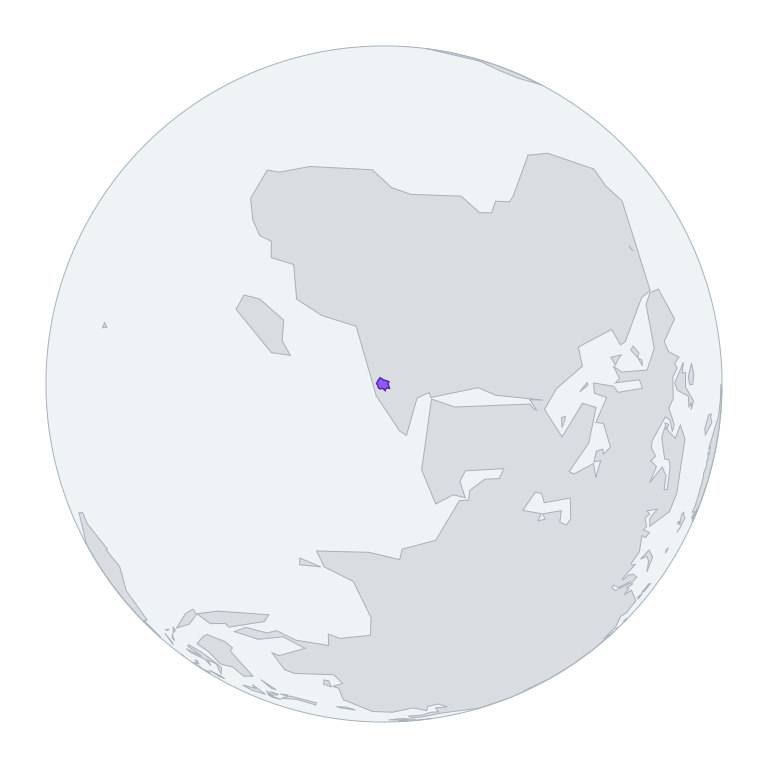 globe centered on Hiiraan, rotated 120°
{"feature_id": "SOM-2409", "entity_name": "Hiiraan", "entity_type": "Region", "adm_level": 1, "iso_a3": "SOM", "parent_name": "Somalia", "parent_adm1": "", "projection": "orthographic", "projection_center": [45.352, 4.37], "detail": "fine", "context": "on_globe", "style": "filled", "palette": "violet", "viewbox_px": 768, "rotation_deg": 120, "n_neighbors": 0, "source": "natural_earth", "source_scale": "10m", "svg_char_len": 7515}
<svg xmlns="http://www.w3.org/2000/svg" viewBox="0 0 768 768"><g transform="rotate(120 384 384)"><circle cx="384" cy="384" r="338" fill="#eef3f6" stroke="#a8b0b8"/><path d="M46.3,396.0L47.6,403.0L52.1,420.3L54.8,440.9L56.6,462.7L71.2,511.4L72.6,515.3L63.9,492.3L56.9,468.8L51.6,444.8L48.1,420.5L46.3,396.0ZM556.3,93.3L556.6,93.5L579.1,109.0L581.1,109.6L588.1,114.7L594.3,119.5L617.1,139.5L641.4,171.2L653.2,184.4L658.9,192.6L659.5,197.0L651.3,184.8L645.3,179.8L640.6,172.9L638.8,177.4L632.0,167.8L634.0,177.0L641.3,184.9L645.4,183.7L650.1,197.1L663.7,212.1L673.3,230.0L677.8,261.4L670.1,271.0L671.4,277.0L664.1,270.1L660.9,282.1L679.4,316.8L681.1,327.0L672.8,346.4L671.5,338.8L652.4,320.3L653.4,344.9L668.0,365.3L673.2,389.7L663.9,382.1L658.1,360.8L651.3,353.7L649.9,332.2L638.1,301.1L628.5,307.2L626.2,294.7L608.4,270.1L592.8,278.4L570.3,312.0L572.3,344.3L562.3,358.9L537.4,313.0L528.2,282.6L518.0,285.7L493.5,261.1L447.5,260.4L442.1,252.8L433.2,256.5L416.1,249.1L408.3,237.0L397.4,237.9L418.6,270.2L430.4,269.5L441.8,256.8L445.4,268.7L462.0,279.2L439.6,308.4L373.2,335.4L368.7,311.4L328.5,247.8L330.9,240.9L330.8,240.1L330.4,238.7L324.7,250.0L318.4,238.1L337.8,281.4L340.1,300.6L372.3,336.8L368.8,340.7L379.7,348.3L417.2,338.9L416.9,347.0L398.0,384.9L347.9,437.0L355.8,472.1L354.2,502.1L325.7,521.9L331.0,544.9L316.7,552.9L317.6,565.8L307.7,579.5L290.1,592.3L257.1,592.1L252.8,580.4L232.9,557.3L204.3,501.2L210.2,475.7L206.4,455.7L182.8,411.2L187.8,386.9L182.0,376.5L169.9,378.8L163.5,366.5L156.4,366.1L113.8,373.7L102.4,357.7L92.9,309.6L101.7,291.0L106.3,269.5L170.0,200.2L180.3,204.1L226.7,196.2L231.9,198.7L222.9,214.2L254.8,234.1L269.4,221.1L301.9,232.3L325.8,232.3L340.7,203.3L301.5,202.5L298.3,188.6L332.5,177.2L367.2,179.8L367.1,174.6L348.1,162.7L359.1,153.9L341.9,158.0L346.6,163.2L336.0,166.5L331.0,162.0L335.1,158.8L325.4,156.4L308.4,174.1L311.4,181.3L284.4,184.4L286.8,197.2L278.3,203.1L271.2,184.0L274.2,177.1L258.3,157.9L252.7,165.1L267.3,184.2L261.4,182.7L253.9,194.3L254.9,184.3L240.4,163.2L218.0,167.8L184.2,196.7L172.2,199.4L164.6,193.9L182.3,165.0L207.1,162.5L213.6,153.9L213.2,141.9L220.8,142.7L223.7,138.0L233.5,137.3L251.8,126.3L262.5,125.2L274.1,112.3L281.1,110.4L272.2,118.3L271.8,123.9L298.8,123.4L305.3,120.8L310.6,112.8L317.4,114.4L319.1,106.9L336.8,104.5L316.7,101.6L322.5,93.9L335.5,88.5L333.8,85.9L312.5,94.9L307.3,99.2L308.6,103.5L291.3,116.8L281.1,119.1L285.5,104.5L271.5,106.8L281.2,95.8L332.6,75.7L351.8,73.0L374.3,82.7L367.3,86.6L355.7,84.7L362.4,92.8L363.8,89.0L369.4,90.9L376.3,85.3L380.6,86.5L379.9,79.8L386.0,80.6L386.3,84.8L401.7,78.9L415.5,80.2L416.9,78.5L414.5,76.2L433.6,80.2L433.8,78.8L427.6,76.9L424.0,73.2L425.0,68.5L431.6,70.1L432.1,72.0L443.0,79.0L443.3,84.7L446.1,85.0L447.4,80.6L434.1,71.8L432.8,68.7L440.2,72.3L437.4,70.7L438.9,69.7L446.4,70.5L438.8,66.6L445.7,57.6L461.0,59.6L466.8,62.9L478.6,61.9L494.9,66.4L489.2,64.3L491.0,63.9L485.9,62.3L483.3,61.4L484.4,61.3L509.1,70.1L533.2,80.8L556.3,93.3ZM144.4,234.7L141.8,240.9L141.8,241.0L144.4,234.7ZM402.0,198.9L424.1,200.6L417.6,182.8L425.6,182.4L420.5,176.9L417.1,181.6L405.0,167.1L415.8,162.6L414.9,155.6L407.4,154.8L389.6,165.7L406.7,185.8L400.1,192.8L402.0,198.9ZM229.9,116.4L231.7,118.9L225.7,124.0L212.2,128.2L220.8,120.5L229.9,116.4ZM235.7,121.5L243.9,107.4L252.6,105.2L246.3,108.6L251.2,108.6L242.4,114.3L242.7,127.1L237.5,132.7L215.5,135.6L225.5,131.2L223.2,128.6L235.7,121.5ZM249.5,84.5L253.1,80.8L267.3,80.3L262.2,83.9L248.5,87.5L246.3,85.5L249.5,84.5ZM325.0,51.3L326.0,51.1L330.8,50.3L338.9,49.4L335.0,50.6L340.7,49.7L347.1,49.6L344.9,51.1L339.3,51.0L340.8,53.0L331.6,53.8L332.3,54.0L324.2,55.7L315.7,58.3L312.0,58.5L310.3,59.5L304.9,61.0L301.3,62.6L293.4,63.9L288.4,66.2L287.5,65.6L280.9,69.4L282.3,67.3L275.5,69.7L277.7,70.4L244.1,78.4L229.0,85.0L215.6,92.2L219.8,88.9L235.0,80.7L254.7,71.8L268.7,66.6L268.1,66.6L274.6,64.3L272.4,65.2L279.7,62.6L284.4,61.2L302.0,56.2L304.8,55.5L325.0,51.3ZM350.0,47.8L348.9,48.0L342.6,48.9L335.5,49.6L350.0,47.8ZM240.1,193.0L244.5,193.7L252.0,193.0L247.4,200.9L240.1,193.0ZM229.7,178.7L234.1,177.7L231.2,187.4L226.6,187.1L229.7,178.7ZM238.9,169.4L234.5,176.9L234.2,172.7L238.9,169.4ZM276.5,117.3L281.4,116.3L281.0,118.2L277.2,121.1L276.5,117.3ZM347.5,61.1L345.3,60.0L347.4,59.5L349.3,56.3L356.3,56.0L357.9,57.8L347.5,61.1ZM332.7,208.1L324.4,213.5L321.4,210.8L324.8,209.4L332.7,208.1ZM282.8,206.8L293.0,210.6L281.4,208.9L282.8,206.8ZM355.5,60.3L355.4,58.9L359.0,59.7L355.5,60.3ZM361.5,55.8L366.0,56.4L357.3,55.7L361.5,55.8ZM473.4,652.4L476.1,656.1L470.6,656.5L473.4,652.4ZM413.1,497.2L393.3,549.4L377.0,549.7L372.5,534.4L378.9,502.8L397.4,493.8L406.1,479.4L413.1,497.2ZM703.7,447.1L706.1,448.7L705.7,450.3L703.7,447.1ZM701.4,441.5L704.7,442.1L700.3,445.0L701.4,441.5ZM705.9,442.4L709.2,439.5L710.7,436.9L710.0,440.2L705.9,442.4ZM698.9,441.6L682.1,441.1L674.6,437.0L677.1,431.1L689.3,432.6L698.9,441.6ZM676.5,431.0L664.0,414.8L641.5,368.3L649.6,368.9L672.1,396.8L670.8,401.8L678.4,414.6L676.5,431.0ZM703.8,401.0L702.3,416.0L693.8,414.6L689.5,412.2L686.7,393.0L688.3,383.4L692.1,383.7L702.6,351.4L707.1,359.4L704.8,373.0L708.2,385.9L703.8,401.0ZM574.0,347.3L582.7,366.6L576.8,369.9L574.0,347.3ZM703.9,329.1L701.6,342.9L702.7,324.5L703.9,329.1ZM702.7,311.9L704.3,318.9L701.4,312.0L702.7,311.9ZM674.1,286.4L670.3,288.0L668.7,283.2L672.7,278.4L674.1,286.4ZM680.6,245.6L686.0,259.3L687.3,264.0L682.9,255.6L680.6,245.6ZM415.2,62.4L404.8,66.4L401.9,70.6L407.5,74.3L395.1,71.4L399.5,64.9L415.2,62.4ZM441.3,57.7L436.2,55.5L441.3,56.1L443.1,56.7L441.3,57.7ZM436.2,56.6L424.7,54.8L423.7,53.5L433.0,55.0L436.2,56.6ZM389.9,55.6L386.3,56.6L383.5,55.8L389.9,55.6ZM670.3,563.6L671.4,561.6L648.0,583.8L646.1,580.8L653.4,570.9L665.3,541.0L666.6,541.6L674.3,521.6L692.0,503.6L706.9,471.0L708.8,473.5L715.1,450.4L715.1,451.6L709.4,475.2L702.0,498.3L693.0,520.8L682.4,542.6L670.3,563.6ZM709.4,449.1L713.8,437.6L715.0,436.8L709.4,449.1ZM720.8,411.4L720.8,409.2L720.9,402.1L721.5,397.8L720.7,391.7L721.8,389.2L721.5,400.6L720.8,411.4ZM719.9,420.6L719.9,420.8L719.4,425.0L719.9,420.6ZM717.8,406.1L717.5,410.1L716.9,406.9L717.8,406.1ZM718.8,403.9L720.1,408.7L718.5,407.3L718.8,403.9ZM710.1,389.3L711.2,398.7L714.5,393.0L711.9,401.4L713.2,416.9L712.0,422.7L711.0,405.8L709.0,423.1L707.4,422.7L707.5,407.8L709.6,390.0L711.1,382.7L716.6,380.2L710.1,389.3ZM719.2,392.5L718.6,381.6L718.8,374.5L719.6,380.3L719.2,392.5ZM715.3,355.7L711.8,343.3L710.1,347.8L712.0,331.3L715.3,345.7L715.3,355.7ZM710.0,328.9L708.6,332.8L709.1,323.3L710.0,328.9ZM707.3,328.8L705.6,320.4L707.5,321.7L707.3,328.8ZM711.0,329.4L708.7,315.3L711.0,323.6L711.0,329.4ZM700.7,302.0L707.5,315.8L701.3,309.7L694.0,283.2L696.1,282.7L700.7,302.0ZM668.1,202.8L663.7,196.2L663.6,195.1L666.7,199.9L668.1,202.8ZM660.5,189.7L662.2,192.8L663.7,197.8L666.4,201.0L672.6,212.1L664.9,201.3L659.0,189.7L659.0,188.1L652.7,179.3L649.8,175.3L660.5,189.7ZM480.4,60.6L477.3,59.5L480.6,60.4L480.4,60.6ZM470.5,57.4L469.0,57.1L467.9,56.7L470.5,57.4ZM466.0,56.9L467.0,56.6L469.9,58.0L466.0,56.9Z" fill="#d9dde1" stroke="#a8b0b8" stroke-width="1"/><path d="M381.4,380.9L381.6,380.8L382.1,380.3L382.4,379.9L383.0,379.2L383.6,378.6L384.3,377.9L384.9,377.2L385.0,377.1L385.9,379.2L386.1,379.6L388.0,380.1L389.2,379.8L389.0,380.6L388.5,381.8L388.7,383.6L390.2,384.8L390.1,386.8L388.3,388.7L388.0,389.0L387.5,390.6L383.5,390.9L382.8,390.8L382.3,390.6L380.6,390.5L380.6,388.0L380.7,387.0L380.5,385.8L380.0,383.8L379.6,380.8L379.9,380.8L380.2,380.8L380.5,380.8L380.8,380.8L381.1,380.9L381.4,380.9Z" fill="#8b5cf6" stroke="#5b21b6" stroke-width="1.5"/></g></svg>